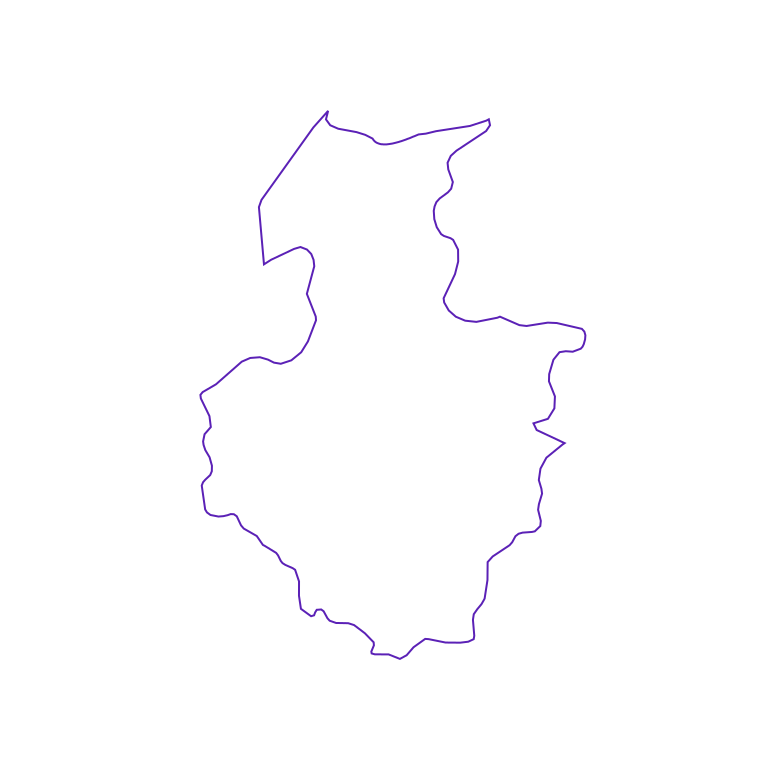 the border of Savoie, rotated 62°
{"feature_id": "FRA-5341", "entity_name": "Savoie", "entity_type": "Metropolitan department", "adm_level": 1, "iso_a3": "FRA", "parent_name": "France", "parent_adm1": "", "projection": "albers", "projection_center": [6.338, 45.496], "detail": "fine", "context": "isolated", "style": "outline", "palette": "violet", "viewbox_px": 768, "rotation_deg": 62, "n_neighbors": 0, "source": "natural_earth", "source_scale": "10m", "svg_char_len": 2913}
<svg xmlns="http://www.w3.org/2000/svg" viewBox="0 0 768 768"><g transform="rotate(62 384 384)"><path d="M621.9,397.7L624.1,401.2L626.6,407.3L629.4,412.8L634.0,416.2L648.7,422.5L651.4,424.6L651.1,430.6L648.2,438.1L641.2,451.0L630.2,464.4L628.4,467.3L630.3,481.5L634.1,491.3L634.2,499.0L624.9,506.9L618.4,519.0L616.1,521.4L614.3,520.8L610.0,515.6L607.2,514.4L595.1,517.9L582.8,523.6L578.4,527.9L572.5,538.5L567.5,543.1L564.3,543.9L556.3,544.0L553.6,545.3L551.8,549.4L553.4,552.1L555.4,554.3L554.8,557.4L543.5,562.9L531.1,558.5L518.4,551.7L506.3,549.7L503.7,551.1L497.5,556.0L494.5,557.7L491.8,558.2L485.6,558.0L482.5,558.5L470.6,565.5L469.4,566.4L469.0,566.5L458.5,567.7L445.8,575.7L441.7,576.6L431.7,576.1L428.5,577.7L426.9,580.4L426.4,583.7L425.3,587.8L423.3,592.4L418.2,598.7L414.3,600.6L410.8,600.8L388.1,592.6L385.8,589.9L384.6,586.8L382.8,580.2L380.2,577.0L375.4,574.3L366.8,572.4L358.5,572.8L353.1,571.9L349.8,570.7L344.1,566.0L340.7,557.1L330.4,553.2L310.8,552.5L307.4,551.2L306.0,547.9L305.4,532.5L297.5,499.1L298.2,489.9L302.1,481.0L308.0,475.0L313.5,471.1L317.7,465.6L319.6,454.7L317.1,442.2L310.7,431.2L295.8,414.1L292.4,412.6L268.2,409.8L247.3,390.3L241.3,387.9L235.1,387.2L229.1,388.9L223.8,393.5L222.5,400.0L221.3,425.3L222.0,433.8L169.1,411.4L163.9,405.7L124.3,325.9L116.6,305.1L123.1,311.0L130.3,310.0L137.1,304.6L148.7,290.0L155.2,283.6L161.9,278.9L162.8,278.8L163.7,278.7L164.6,278.5L165.5,278.2L166.3,277.9L167.0,277.5L167.8,277.0L168.5,276.4L169.2,275.8L169.8,275.2L170.5,274.5L171.1,273.7L171.6,272.8L172.2,272.0L172.7,271.1L173.2,270.1L173.7,269.1L174.1,268.0L174.5,267.0L174.9,265.8L175.3,264.7L175.7,263.5L176.0,262.3L176.3,261.1L176.6,259.9L176.9,258.6L177.2,257.4L177.4,256.1L177.7,254.8L177.9,253.5L178.1,252.2L178.3,250.9L178.5,249.6L178.6,248.3L178.8,247.1L179.0,245.8L179.1,244.5L179.2,243.3L179.3,242.0L179.5,240.8L179.6,239.6L179.7,238.5L179.8,237.4L179.9,236.3L182.6,229.5L185.2,219.4L196.5,187.0L199.5,170.0L199.5,167.2L205.3,168.9L208.6,175.1L212.0,210.4L213.9,217.9L218.5,224.0L224.7,226.5L238.0,228.4L243.1,233.0L244.8,237.6L246.3,247.7L248.0,252.4L251.0,256.0L254.5,258.8L262.1,262.2L270.3,263.8L278.5,263.2L281.4,261.6L286.5,256.8L289.2,255.3L300.1,255.5L310.7,261.0L320.3,269.7L336.3,291.1L340.3,292.6L349.5,292.3L358.3,289.0L366.2,282.6L372.5,273.3L378.7,252.8L379.0,250.0L395.6,236.8L399.7,230.9L406.7,210.6L411.3,202.8L428.2,183.4L431.8,182.5L435.5,183.3L439.0,185.5L442.6,188.9L444.3,191.2L445.2,193.7L444.1,202.2L440.4,208.1L438.3,214.1L442.1,223.0L452.8,233.5L459.1,237.1L475.2,238.9L485.5,245.0L491.7,255.6L488.9,270.5L496.3,270.8L521.0,252.3L521.3,255.0L525.3,275.2L532.2,285.6L541.5,292.4L550.4,294.2L555.0,295.9L562.8,303.6L567.4,307.0L578.5,309.8L582.8,312.7L584.9,320.0L584.1,322.8L580.3,331.4L579.4,335.5L580.1,339.4L583.9,345.1L585.3,348.8L587.3,369.0L589.9,376.1L605.7,384.7L620.7,395.9L621.9,397.7Z" fill="none" stroke="#5b21b6" stroke-width="2"/></g></svg>